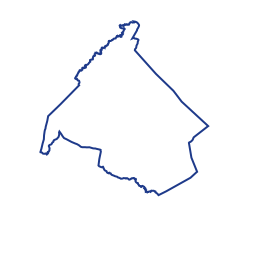 Panda, Inhambane, Mozambique, rotated 46°
{"feature_id": "85939544B74614871029564", "entity_name": "Panda", "entity_type": "district", "adm_level": 2, "iso_a3": "MOZ", "parent_name": "Mozambique", "parent_adm1": "Inhambane", "projection": "robinson", "projection_center": [34.062, -24.057], "detail": "fine", "context": "isolated", "style": "outline", "palette": "blue", "viewbox_px": 256, "rotation_deg": 46, "n_neighbors": 0, "source": "geoboundaries", "source_scale": "gbopen_adm2", "svg_char_len": 5491}
<svg xmlns="http://www.w3.org/2000/svg" viewBox="0 0 256 256"><g transform="rotate(46 128 128)"><path d="M55.5,131.5L55.8,131.6L56.6,131.4L57.5,130.6L58.3,131.0L58.8,131.1L59.3,130.7L59.9,130.4L60.1,130.4L60.9,130.8L61.6,131.3L61.9,132.0L61.9,132.6L62.3,133.2L63.0,133.5L63.3,133.5L64.0,160.0L64.0,177.2L66.8,181.1L70.0,186.4L71.2,187.9L71.6,189.0L72.4,190.2L74.9,193.4L77.7,196.4L79.8,200.1L82.9,204.9L83.6,206.3L84.0,206.7L84.4,207.7L84.6,207.8L85.3,207.3L86.1,206.9L87.1,207.0L87.6,206.8L88.6,205.9L89.2,204.8L90.6,204.9L90.7,204.6L90.5,204.2L90.5,203.7L90.7,203.3L90.5,202.8L89.7,202.8L89.6,202.6L89.5,202.3L89.9,201.2L89.4,199.9L88.8,199.4L88.2,198.6L87.0,197.9L86.3,197.7L85.9,197.4L85.7,196.9L85.8,196.0L86.4,194.8L86.4,194.4L86.4,193.8L85.9,192.6L86.1,191.4L86.0,191.0L85.5,190.5L85.4,190.0L85.4,189.4L86.4,186.9L86.2,184.2L85.2,182.4L83.9,181.1L83.3,180.7L82.9,179.8L85.9,180.2L88.7,180.8L90.9,181.0L93.2,180.1L98.8,178.3L102.8,176.6L103.9,176.0L106.2,175.3L108.7,175.0L109.8,174.4L110.4,173.9L112.1,172.1L113.2,171.2L115.1,169.1L118.5,167.2L120.1,165.7L121.0,165.2L124.2,163.1L124.7,162.9L125.3,163.5L126.1,163.9L130.4,170.2L134.5,175.3L135.5,175.3L137.7,174.4L138.1,174.0L138.3,173.2L138.5,172.9L139.3,173.1L140.0,173.6L140.8,173.7L141.4,174.0L142.4,174.1L144.1,173.5L144.3,173.5L145.2,174.0L146.0,173.9L146.9,173.5L146.9,173.0L147.1,172.7L147.4,173.0L147.6,173.0L147.8,172.5L148.6,172.0L148.8,172.0L149.6,172.3L150.5,172.2L151.4,171.7L151.9,171.6L152.5,171.2L153.3,171.0L155.7,169.6L156.6,169.6L157.5,169.0L158.0,168.9L158.7,168.5L159.3,168.4L159.6,168.3L160.6,167.0L161.0,165.9L161.7,165.4L162.2,164.8L162.8,164.7L163.1,164.4L163.3,163.6L164.9,163.1L165.8,163.1L166.0,163.0L166.5,162.0L166.5,161.2L166.9,160.7L166.9,159.9L167.4,159.6L167.8,158.8L168.2,158.4L168.4,158.4L169.0,158.7L169.3,158.7L169.9,157.8L170.3,157.8L170.8,158.4L171.1,159.3L171.8,159.7L172.2,159.8L173.5,159.8L174.3,159.2L174.7,159.2L175.3,159.7L175.7,159.8L176.4,159.7L177.2,160.1L177.6,160.0L178.6,159.2L179.3,159.6L179.6,159.5L179.7,159.1L179.6,158.0L179.8,157.7L180.5,157.6L181.6,157.2L182.3,157.4L182.5,157.9L182.9,157.4L183.6,157.4L184.1,157.7L184.1,157.9L183.9,158.2L184.0,158.4L184.4,158.2L185.1,158.1L185.3,158.8L185.6,159.1L185.8,159.2L186.3,158.9L186.5,159.3L186.7,159.0L186.9,158.9L187.6,158.9L187.6,158.5L187.7,158.3L188.2,157.8L188.3,156.9L188.8,156.3L189.6,156.2L189.6,155.7L189.2,155.4L189.2,155.0L189.3,154.7L190.2,154.0L191.0,153.1L191.8,152.8L192.6,152.8L192.8,152.4L193.1,152.5L193.3,152.9L193.7,152.9L194.9,152.6L196.8,152.5L197.2,152.7L197.5,152.7L200.1,144.4L207.2,117.6L207.4,110.1L207.5,108.7L193.4,103.0L181.0,94.5L180.9,94.0L181.4,92.6L181.5,91.8L181.5,90.3L181.3,89.4L180.4,87.4L180.4,86.8L182.3,69.0L146.3,71.1L132.9,69.5L108.5,70.3L76.9,69.1L76.6,68.8L76.2,68.2L76.1,66.9L75.9,66.3L74.6,64.6L73.9,62.4L72.7,61.0L72.1,59.6L71.9,59.3L71.5,59.2L70.8,59.4L69.4,60.1L68.6,60.9L67.5,61.1L67.0,61.7L66.6,62.7L64.0,53.7L63.4,52.9L63.0,51.2L62.2,49.2L61.7,48.6L61.1,48.4L59.9,48.2L58.4,48.2L56.9,48.7L55.8,49.5L56.4,49.5L56.5,49.8L56.3,50.4L55.9,50.6L55.6,51.1L55.4,51.2L55.2,51.6L54.6,51.8L53.9,52.3L53.8,52.7L53.6,52.9L53.8,53.8L53.7,54.3L54.3,55.3L54.1,55.5L53.9,55.5L53.9,56.0L53.8,56.3L53.3,56.5L53.1,56.9L52.7,56.9L52.5,57.3L52.3,57.0L52.2,57.1L52.1,57.3L52.1,57.7L51.2,58.2L51.4,58.7L51.1,58.9L51.0,59.4L51.5,59.6L51.6,60.2L51.3,60.2L50.9,60.6L50.4,60.4L50.2,60.7L50.3,60.8L50.3,61.1L49.7,61.6L49.6,61.9L49.3,62.1L48.5,62.1L48.5,62.8L49.0,63.1L49.7,63.2L49.7,63.4L50.0,63.7L50.6,63.8L51.9,63.2L52.5,62.8L53.6,61.5L54.5,61.6L54.8,63.3L55.6,64.7L55.6,64.9L55.3,65.1L55.3,66.3L55.9,66.6L56.5,66.4L56.9,66.3L57.1,66.8L57.0,67.4L56.9,67.5L56.8,68.0L56.4,68.1L56.2,68.4L56.5,68.4L56.8,68.8L57.5,68.9L57.8,69.2L57.6,69.8L57.2,70.1L55.9,70.0L55.5,70.5L55.5,71.2L54.4,71.4L54.4,71.7L54.1,72.1L54.2,72.4L54.8,72.6L54.8,72.8L54.5,73.2L54.6,73.8L54.9,74.4L55.0,74.7L54.4,75.3L54.3,75.7L53.9,76.1L53.8,76.9L54.0,77.5L53.9,78.2L53.5,78.6L53.6,79.0L53.5,79.4L53.4,80.0L52.7,80.8L52.3,80.9L52.1,81.3L52.3,81.8L53.1,82.3L53.3,83.0L53.6,83.3L53.5,83.8L54.1,84.5L53.8,84.8L53.8,85.1L54.0,85.5L54.1,86.1L53.6,86.7L53.7,87.2L53.5,87.5L53.3,87.6L53.3,87.8L53.7,88.3L53.9,88.2L53.9,88.7L54.1,89.0L53.8,89.0L53.6,89.2L53.5,89.5L53.3,90.2L53.2,90.1L53.1,90.3L52.8,90.5L52.5,90.4L52.1,90.8L52.1,91.2L52.3,91.7L52.7,92.0L53.1,92.3L53.5,92.8L53.2,93.1L52.9,93.2L52.9,93.6L53.1,93.7L52.9,93.8L53.0,94.0L53.7,94.2L53.7,94.5L54.0,94.7L54.3,94.8L54.7,94.8L54.7,95.3L55.4,95.3L55.7,95.4L55.9,95.7L55.8,95.9L55.9,96.2L55.5,96.9L54.8,97.2L54.5,97.5L54.1,97.5L53.8,97.8L53.3,97.7L52.7,98.0L52.8,98.4L52.7,98.5L52.4,98.5L52.2,98.3L51.9,98.2L51.8,98.5L51.9,98.8L51.7,99.3L51.4,99.0L51.2,99.2L51.7,99.8L51.7,100.8L52.5,101.4L52.8,101.3L53.0,101.4L53.0,101.8L52.8,102.4L52.3,102.8L52.3,103.0L52.8,104.2L53.3,104.6L53.6,105.1L53.9,105.2L54.2,105.6L53.8,106.3L53.4,106.6L53.1,107.2L53.2,107.6L52.8,108.1L53.4,108.8L53.8,108.9L54.1,109.1L54.0,109.6L54.1,109.8L54.0,110.7L54.3,111.4L54.2,111.8L54.4,112.5L54.1,113.6L53.2,114.6L53.1,115.2L53.3,115.8L53.7,116.1L54.3,116.3L54.8,115.8L55.1,116.1L55.2,116.4L54.6,117.8L54.2,118.2L53.5,118.2L53.1,118.8L53.1,119.3L53.4,119.5L53.6,119.9L54.0,120.0L54.3,120.3L54.2,120.6L54.4,121.2L54.3,121.7L54.1,122.1L53.7,122.3L53.4,122.2L53.0,122.2L52.9,123.0L53.5,123.9L53.4,124.6L53.7,124.9L53.6,125.3L53.9,125.7L54.2,126.9L54.6,127.5L54.5,128.2L54.7,128.7L54.9,128.7L54.9,129.5L55.2,129.6L55.1,130.0L55.2,130.3L55.2,130.8L55.5,131.5Z" fill="none" stroke="#1e3a8a" stroke-width="2"/></g></svg>